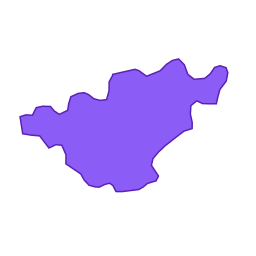 Damyang-gun, South Jeolla, South Korea, rotated 263°
{"feature_id": "91817680B48783047676904", "entity_name": "Damyang-gun", "entity_type": "district", "adm_level": 2, "iso_a3": "KOR", "parent_name": "South Korea", "parent_adm1": "South Jeolla", "projection": "mercator", "projection_center": [127.004, 35.284], "detail": "fine", "context": "isolated", "style": "filled", "palette": "violet", "viewbox_px": 256, "rotation_deg": 263, "n_neighbors": 0, "source": "geoboundaries", "source_scale": "gbopen_adm2", "svg_char_len": 1118}
<svg xmlns="http://www.w3.org/2000/svg" viewBox="0 0 256 256"><g transform="rotate(263 128 128)"><path d="M100.0,62.0L88.1,75.6L81.6,78.2L75.9,82.4L73.6,88.1L72.8,92.3L74.7,97.6L75.5,102.9L72.8,106.0L66.4,108.3L65.6,114.4L65.6,122.0L65.6,131.1L67.5,135.7L70.6,140.6L72.1,149.4L76.6,152.4L82.0,149.7L88.1,146.7L94.5,149.0L100.6,155.5L103.3,159.3L105.6,162.3L111.6,172.2L118.1,183.2L119.6,191.6L125.7,192.4L134.1,191.6L142.5,193.1L146.6,199.6L143.2,204.9L142.1,211.8L141.3,218.6L146.6,220.5L147.8,220.9L155.0,223.9L162.6,231.2L170.6,233.8L175.9,232.7L178.6,227.0L177.5,221.3L171.8,216.3L167.9,210.2L168.3,199.6L174.0,193.9L183.9,191.6L190.4,186.6L190.3,186.2L189.6,180.2L186.6,174.1L180.9,166.9L177.1,152.8L183.5,145.9L185.4,142.1L183.1,119.4L182.0,119.1L176.1,114.9L167.2,113.7L158.8,110.2L158.8,103.6L161.2,97.7L166.0,92.9L168.4,88.8L168.4,82.8L166.0,75.1L159.4,72.1L152.9,70.3L149.9,61.4L154.1,56.7L158.8,53.7L160.0,46.0L159.4,39.4L152.3,34.7L153.5,28.1L152.3,22.2L135.1,22.8L132.7,31.1L130.9,39.4L117.8,47.1L120.2,54.3L119.0,60.2L108.9,63.2L100.0,62.0Z" fill="#8b5cf6" stroke="#5b21b6" stroke-width="1.5"/></g></svg>